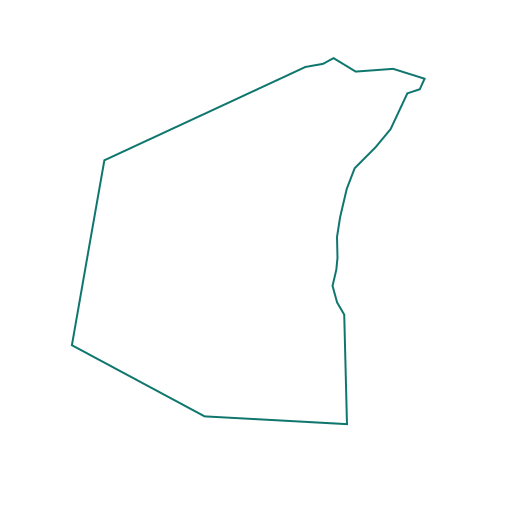 Cenac, Soufrière, Saint Lucia (Natural Earth projection), rotated 170°
{"feature_id": "8701671B19367701502123", "entity_name": "Cenac", "entity_type": "district", "adm_level": 2, "iso_a3": "LCA", "parent_name": "Saint Lucia", "parent_adm1": "Soufrière", "projection": "natural_earth1", "projection_center": [-61.044, 13.872], "detail": "fine", "context": "isolated", "style": "outline", "palette": "teal", "viewbox_px": 512, "rotation_deg": 170, "n_neighbors": 0, "source": "geoboundaries", "source_scale": "gbopen_adm2", "svg_char_len": 483}
<svg xmlns="http://www.w3.org/2000/svg" viewBox="0 0 512 512"><g transform="rotate(170 256 256)"><path d="M195.6,74.6L179.3,182.9L184.2,196.2L185.8,213.3L179.3,228.5L176.1,239.9L172.9,260.7L166.4,279.7L155.0,306.3L143.6,325.3L119.3,342.4L101.4,357.6L78.7,389.9L65.7,391.8L64.9,393.0L59.2,401.3L88.4,416.5L125.8,420.3L145.3,437.4L156.6,433.6L174.5,433.6L186.8,430.3L388.7,376.6L417.3,298.0L452.8,200.1L334.5,107.0L195.6,74.6Z" fill="none" stroke="#0f766e" stroke-width="2"/></g></svg>